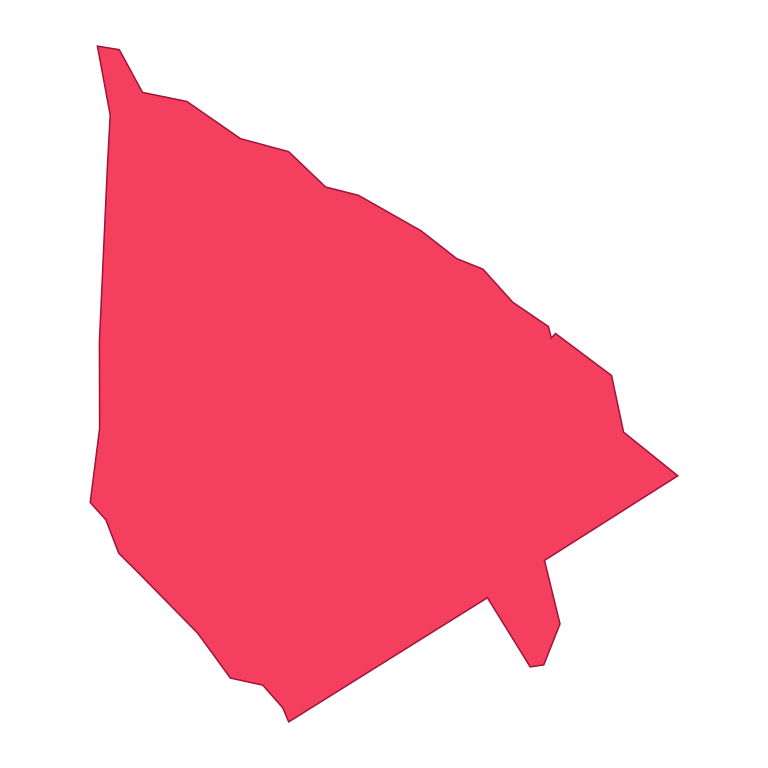 Bamberg, South Carolina, United States of America
{"feature_id": "52423323B84288855823535", "entity_name": "Bamberg", "entity_type": "district", "adm_level": 2, "iso_a3": "USA", "parent_name": "United States of America", "parent_adm1": "South Carolina", "projection": "albers", "projection_center": [-81.054, 33.233], "detail": "fine", "context": "isolated", "style": "filled", "palette": "rose", "viewbox_px": 768, "rotation_deg": 0, "n_neighbors": 0, "source": "geoboundaries", "source_scale": "gbopen_adm2", "svg_char_len": 567}
<svg xmlns="http://www.w3.org/2000/svg" viewBox="0 0 768 768"><path d="M97.4,46.1L110.2,115.0L107.4,166.6L99.4,341.7L99.6,428.5L90.2,502.5L105.9,519.9L118.8,553.4L137.0,571.4L197.7,633.2L230.4,678.1L262.8,685.2L282.8,707.9L288.7,721.9L487.4,597.7L530.2,666.9L543.8,664.9L560.0,623.9L544.5,560.4L677.8,475.8L623.6,432.2L611.6,375.6L555.5,333.5L551.3,338.0L548.5,326.6L512.7,302.2L483.0,269.2L456.8,258.7L421.2,230.9L358.4,195.3L325.6,187.0L288.7,151.7L240.5,138.7L186.9,101.5L142.5,92.4L119.3,49.7L97.4,46.1Z" fill="#f43f5e" stroke="#9f1239" stroke-width="1.5"/></svg>